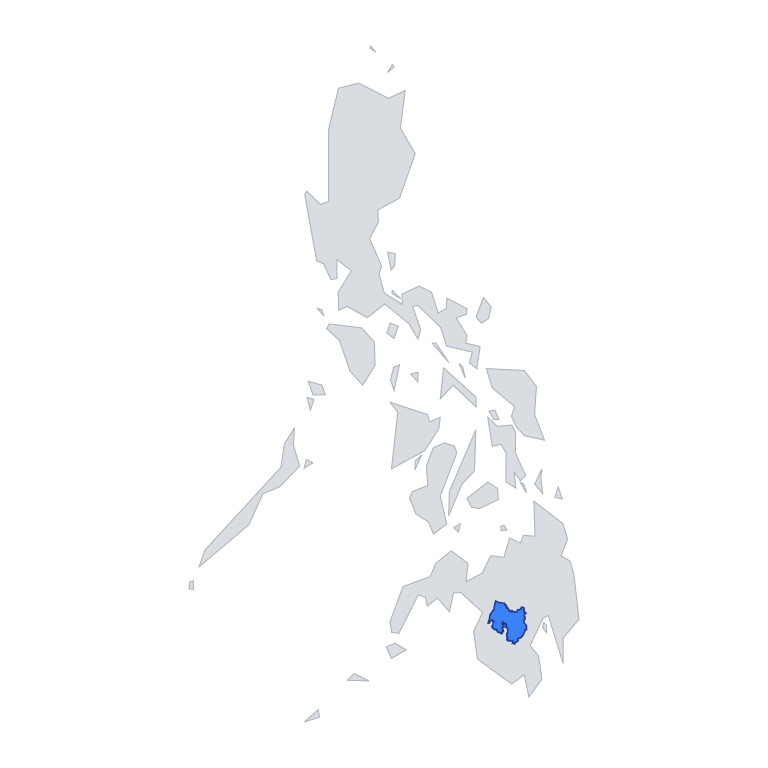 Cotabato, Cotabato, Philippines shown in context
{"feature_id": "2640588B30235147478886", "entity_name": "Cotabato", "entity_type": "district", "adm_level": 2, "iso_a3": "PHL", "parent_name": "Philippines", "parent_adm1": "Cotabato", "projection": "natural_earth1", "projection_center": [124.836, 7.183], "detail": "fine", "context": "in_parent", "style": "filled", "palette": "blue", "viewbox_px": 768, "rotation_deg": 0, "n_neighbors": 0, "source": "geoboundaries", "source_scale": "gbopen_adm2", "svg_char_len": 8989}
<svg xmlns="http://www.w3.org/2000/svg" viewBox="0 0 768 768"><path d="M358.7,83.1L388.4,98.3L405.2,90.5L400.5,128.1L415.2,153.6L399.6,198.0L377.9,209.9L378.3,222.3L369.6,238.6L381.7,266.3L378.9,273.7L384.4,293.2L402.3,304.4L401.9,294.1L419.1,286.1L431.5,292.2L438.2,312.9L446.1,308.8L447.0,298.2L467.0,308.8L466.6,314.2L456.2,317.8L467.1,335.6L465.7,343.1L480.1,346.6L476.8,368.7L469.4,362.9L472.3,352.2L446.6,346.2L440.7,327.4L417.8,305.5L412.7,306.4L420.7,329.6L417.9,339.1L408.9,323.7L384.8,304.0L367.3,317.7L347.1,306.5L338.8,310.3L338.1,292.2L351.3,270.7L336.9,259.5L337.0,278.3L331.0,279.7L323.5,263.7L316.7,260.9L304.7,194.7L307.0,191.3L320.2,204.4L328.6,201.5L328.6,129.3L338.5,88.2L358.7,83.1ZM533.9,501.2L563.1,523.8L567.6,539.1L561.0,555.9L570.1,561.1L573.9,574.4L579.0,619.4L563.2,638.0L563.1,663.5L548.2,615.3L542.8,618.6L530.2,645.6L538.7,656.2L541.9,679.1L528.9,697.0L524.2,674.8L511.8,684.0L477.4,659.1L473.6,631.3L482.6,612.4L460.7,592.5L453.6,593.0L449.5,611.8L437.6,598.0L427.3,606.1L425.2,597.0L418.1,595.1L398.8,633.4L391.6,632.5L390.0,621.6L403.0,586.5L430.1,576.6L435.7,563.5L451.3,550.8L468.1,563.5L466.1,581.6L482.2,573.1L490.6,555.7L503.9,557.4L509.5,538.1L520.5,543.0L523.3,535.5L535.0,536.1L533.9,501.2ZM446.7,524.0L433.5,534.1L428.3,521.8L416.0,514.1L409.5,498.0L412.4,491.5L427.9,485.6L426.4,466.0L433.2,447.9L444.2,442.9L454.5,446.2L456.8,452.9L440.3,496.1L446.7,524.0ZM524.4,370.5L536.4,386.4L534.6,414.6L544.5,440.2L524.2,435.7L516.1,426.5L511.4,416.3L514.6,406.5L492.4,388.2L486.3,368.6L524.4,370.5ZM390.1,402.3L427.4,414.5L429.6,421.8L440.3,417.3L438.7,429.1L424.5,450.9L391.5,468.8L397.7,412.3L390.1,402.3ZM248.8,524.8L199.2,566.6L204.7,550.3L281.0,467.2L284.4,443.8L294.5,427.8L293.3,444.8L299.7,466.1L279.6,486.8L263.0,493.7L248.8,524.8ZM329.2,323.9L361.6,327.9L374.4,342.1L375.1,365.3L362.7,385.1L350.1,371.3L339.3,340.3L326.7,328.8L329.2,323.9ZM497.6,426.4L511.9,425.0L515.8,432.6L515.3,452.7L525.6,475.2L520.5,480.8L514.3,472.4L515.8,488.1L505.9,481.8L506.1,452.9L501.1,444.4L492.3,446.2L487.7,417.3L497.6,426.4ZM448.7,515.6L449.4,491.3L475.9,429.7L474.5,470.9L462.2,483.7L448.7,515.6ZM498.3,499.7L479.2,508.6L471.7,507.4L466.9,498.3L487.9,482.2L497.6,488.4L498.3,499.7ZM443.5,367.9L476.0,397.0L476.2,407.1L453.1,385.2L440.3,398.9L443.5,367.9ZM488.7,318.5L481.5,323.2L476.0,317.0L483.5,297.4L491.2,307.2L488.7,318.5ZM406.1,649.8L391.3,658.5L386.2,646.8L395.4,643.2L406.1,649.8ZM308.2,381.3L322.0,385.1L325.4,394.8L313.1,395.0L308.2,381.3ZM390.3,322.8L398.3,326.4L393.9,338.6L386.8,332.8L390.3,322.8ZM353.9,673.6L369.0,680.9L347.3,680.3L353.9,673.6ZM542.7,493.7L534.8,484.1L541.8,469.0L540.9,478.1L542.7,493.7ZM399.5,364.7L394.1,390.5L390.5,379.8L393.7,367.2L399.5,364.7ZM318.4,709.5L319.4,717.3L304.4,721.9L318.4,709.5ZM395.3,253.7L394.8,265.3L391.2,270.1L387.5,252.1L395.3,253.7ZM421.7,454.8L415.1,469.7L415.1,461.1L421.7,454.8ZM314.1,399.3L310.4,410.0L307.1,397.6L314.1,399.3ZM498.9,419.4L493.9,419.7L488.9,411.2L495.0,410.2L498.9,419.4ZM418.0,372.3L417.9,382.0L410.7,374.0L418.0,372.3ZM562.3,499.1L554.9,497.3L558.2,486.9L562.3,499.1ZM435.8,342.9L448.8,362.4L432.3,343.2L435.8,342.9ZM312.8,462.8L304.0,468.3L306.4,459.5L312.8,462.8ZM460.3,523.7L458.6,532.0L453.7,527.8L460.3,523.7ZM462.6,366.6L465.4,378.2L459.1,363.6L462.6,366.6ZM193.5,589.4L189.0,588.9L190.0,581.6L193.4,580.7L193.5,589.4ZM506.9,530.1L501.2,530.6L500.7,526.2L504.1,525.4L506.9,530.1ZM546.6,632.8L542.5,627.6L543.8,622.3L546.6,624.9L546.6,632.8ZM321.7,309.6L324.1,316.1L317.3,308.5L321.7,309.6ZM524.1,484.3L526.4,492.9L520.2,482.4L524.1,484.3ZM394.2,67.0L387.7,72.4L392.4,64.5L394.2,67.0ZM400.9,298.8L392.1,293.7L392.2,290.3L400.9,298.8ZM370.5,46.1L376.0,52.1L369.8,48.1L370.5,46.1Z" fill="#d9dde1" stroke="#a8b0b8" stroke-width="1"/><path d="M506.7,606.5L506.6,606.4L506.5,606.2L506.4,606.0L506.4,605.9L506.4,605.7L506.1,605.5L506.1,605.4L505.9,605.5L505.9,605.4L505.6,605.4L505.6,605.1L505.4,605.0L505.4,604.8L505.5,604.8L505.5,604.6L505.4,604.5L505.1,604.6L505.0,604.0L504.9,603.9L504.7,604.1L504.7,603.8L504.5,603.7L504.3,603.4L504.3,603.2L504.0,603.2L503.4,603.1L503.2,603.1L502.6,603.3L502.6,603.2L502.3,603.2L501.6,603.0L501.4,602.8L501.1,602.8L500.9,602.7L500.6,602.7L498.2,602.3L495.6,601.0L494.1,607.2L493.9,610.4L493.0,610.4L491.0,613.4L490.7,613.9L490.6,614.4L490.3,614.3L489.5,617.0L489.7,617.5L489.1,619.9L488.6,621.1L488.5,621.6L488.0,622.8L488.0,623.1L488.6,623.2L489.5,623.0L489.8,622.6L490.2,620.5L490.7,620.6L490.8,620.7L491.1,620.6L491.1,620.3L491.2,620.2L491.5,620.2L491.5,620.4L491.9,620.3L491.9,620.1L492.2,619.9L492.3,620.1L492.5,620.2L492.5,621.3L494.1,621.3L494.1,621.7L493.7,621.7L493.7,622.1L493.4,622.1L493.1,622.9L492.9,624.8L491.7,626.6L491.7,626.8L491.8,626.9L492.1,626.7L492.8,627.3L492.8,627.6L492.7,628.1L492.8,628.4L493.1,628.5L493.4,628.8L494.0,629.1L494.2,629.3L494.4,629.3L494.5,629.6L494.8,629.7L495.2,629.6L495.4,629.6L495.6,629.2L495.8,629.1L496.0,629.2L495.7,629.4L495.7,629.5L496.0,629.7L496.3,630.1L496.7,629.9L496.9,630.0L496.8,630.6L497.7,631.8L498.0,632.4L498.9,632.5L499.2,632.2L499.7,632.2L499.9,632.6L500.3,632.7L500.5,633.1L500.9,632.8L501.2,633.2L501.2,633.5L501.4,633.4L501.7,633.5L501.8,633.5L501.7,633.2L502.2,633.2L502.2,632.7L502.0,632.3L502.4,632.2L502.6,631.8L502.9,631.9L503.0,631.8L502.8,631.6L502.7,631.5L502.9,631.3L503.3,631.3L503.5,631.1L503.4,630.9L503.1,630.9L502.8,630.7L503.3,630.4L503.3,630.2L502.9,629.9L503.1,629.6L503.0,629.4L502.7,629.2L502.7,628.6L502.4,628.7L502.2,628.4L502.1,628.1L502.3,627.9L502.2,627.6L502.3,627.6L502.5,627.8L503.1,627.3L503.1,627.0L502.9,626.6L503.0,626.3L503.2,626.2L503.3,626.9L503.6,626.9L503.6,626.7L503.9,626.5L503.7,626.2L503.7,625.9L503.9,625.8L504.0,626.0L504.1,625.8L504.0,625.5L503.8,625.5L503.6,625.3L503.8,625.1L503.8,624.8L503.7,624.8L503.3,624.9L503.3,624.4L502.9,624.3L503.0,624.1L502.8,624.2L502.7,624.1L502.4,624.2L502.5,624.1L502.5,623.9L502.4,623.9L502.5,623.5L502.3,623.4L502.5,623.2L502.3,622.7L502.5,622.4L502.5,622.6L502.8,622.4L503.4,622.5L503.9,622.8L504.4,623.4L504.6,623.6L505.0,623.9L505.5,623.6L505.8,624.1L506.1,624.1L506.1,624.4L506.5,624.6L506.6,625.1L506.4,625.2L506.1,624.8L505.9,624.8L506.0,625.3L506.0,625.8L506.1,626.3L505.5,626.9L505.5,627.5L506.8,627.7L507.7,628.1L507.6,628.9L507.6,633.4L506.8,633.4L506.8,635.2L506.8,636.6L507.5,637.3L507.8,637.4L507.8,637.6L507.7,637.8L507.5,638.0L507.4,638.2L507.2,638.5L506.9,638.5L506.8,639.7L507.6,639.7L507.6,640.7L507.9,640.8L508.9,640.9L508.9,640.6L509.6,640.6L510.3,640.6L510.3,640.9L510.4,641.1L511.9,640.9L512.4,640.9L512.4,641.0L512.6,641.1L512.9,641.1L512.6,642.5L512.7,642.4L512.7,642.6L512.8,642.6L512.8,642.9L513.0,643.1L513.1,643.4L513.4,643.5L513.4,643.3L513.5,643.3L513.6,643.5L513.8,643.6L513.7,643.7L513.9,643.6L514.1,643.9L514.4,643.7L514.5,643.8L514.6,643.7L514.6,643.8L514.7,643.6L515.0,643.7L515.1,642.4L516.9,641.8L517.0,640.9L517.1,641.2L517.4,641.1L517.5,641.4L518.2,640.7L518.0,640.4L517.8,640.2L517.7,640.0L517.8,640.0L517.8,639.7L518.0,639.3L517.8,639.0L518.0,638.6L518.5,638.7L518.8,638.6L519.2,638.4L520.0,637.7L520.4,637.8L520.6,638.0L520.9,637.9L521.1,637.6L521.2,637.8L521.2,637.5L521.2,637.2L521.4,637.1L521.4,636.9L521.5,636.8L521.5,636.6L521.8,636.5L522.0,636.3L522.3,636.2L522.5,635.8L522.8,635.7L522.9,635.2L523.2,635.0L523.1,634.7L523.4,634.4L523.4,634.0L523.7,633.9L523.7,633.6L524.0,633.2L524.3,632.6L524.9,631.0L525.2,630.7L525.0,630.4L525.3,630.2L525.3,629.6L525.6,629.6L525.9,629.7L526.2,629.5L526.4,629.4L526.5,629.5L526.7,629.3L526.4,628.8L526.5,628.6L526.6,628.2L526.5,626.9L526.4,626.7L526.6,626.1L526.5,625.6L524.1,622.7L523.9,621.1L524.1,620.3L524.5,620.1L524.6,619.4L524.9,619.2L525.1,618.8L525.1,618.1L524.5,617.9L524.8,617.1L524.7,617.1L524.7,616.6L524.4,616.0L524.5,615.6L524.4,615.2L524.0,614.7L524.1,614.3L526.0,613.4L525.9,613.3L525.9,613.1L525.6,613.1L525.5,612.9L525.5,613.1L525.3,613.0L525.3,612.8L525.0,612.2L524.3,612.0L524.1,611.6L524.5,611.5L524.5,611.1L524.3,610.8L524.2,610.9L524.2,609.5L524.0,609.1L523.9,608.9L523.9,608.7L524.1,608.4L524.1,607.9L522.5,607.2L521.4,607.1L521.4,607.4L521.3,607.7L521.3,608.1L521.2,608.2L521.3,608.3L521.1,609.1L520.1,609.2L519.8,609.6L517.5,609.8L517.5,610.6L517.0,611.6L516.7,612.0L516.5,611.9L516.0,612.0L515.9,611.9L515.4,612.0L515.1,611.9L514.9,612.0L514.7,612.0L514.2,612.0L514.1,611.8L513.9,612.0L513.7,612.1L513.5,611.8L513.2,611.7L513.1,611.8L512.8,611.5L512.6,611.5L512.5,611.3L512.3,610.8L512.1,610.6L511.9,610.5L511.5,610.9L511.2,611.1L510.9,611.1L510.8,611.3L510.8,611.5L510.7,611.4L510.5,611.5L510.5,611.4L510.3,611.3L510.1,611.2L510.0,611.3L509.9,611.2L510.1,610.9L509.9,610.5L509.7,610.5L509.4,610.6L509.2,610.5L509.2,610.3L509.2,610.2L508.9,610.3L508.9,610.0L508.5,609.7L508.3,609.6L508.3,609.3L508.4,609.1L508.3,608.7L508.0,608.3L507.7,607.8L507.5,607.6L507.4,607.7L507.0,607.7L506.9,608.0L506.2,608.2L506.3,608.1L506.3,607.9L506.3,607.6L506.6,607.6L506.6,607.3L506.6,607.1L506.8,607.1L506.9,606.9L506.7,606.7L506.7,606.5Z" fill="#3b82f6" stroke="#1e3a8a" stroke-width="1.5"/></svg>